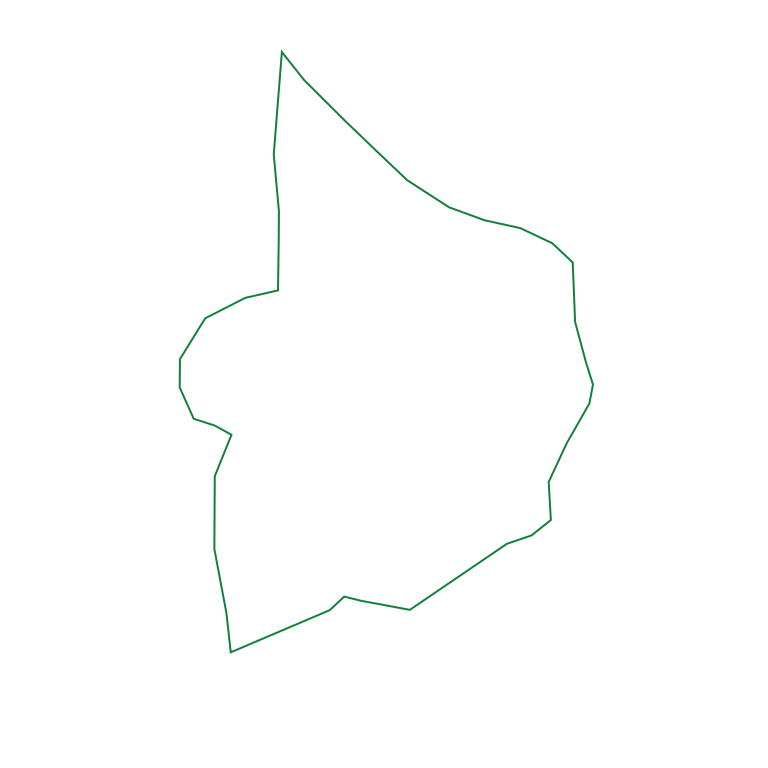 outline of Abtouyour, Guéra, Chad, rotated 194°
{"feature_id": "50815135B86536624745263", "entity_name": "Abtouyour", "entity_type": "district", "adm_level": 2, "iso_a3": "TCD", "parent_name": "Chad", "parent_adm1": "Guéra", "projection": "equal_earth", "projection_center": [18.122, 12.013], "detail": "fine", "context": "isolated", "style": "outline", "palette": "green", "viewbox_px": 768, "rotation_deg": 194, "n_neighbors": 0, "source": "geoboundaries", "source_scale": "gbopen_adm2", "svg_char_len": 668}
<svg xmlns="http://www.w3.org/2000/svg" viewBox="0 0 768 768"><g transform="rotate(194 384 384)"><path d="M353.9,168.1L304.3,171.1L226.1,258.7L204.2,272.8L189.2,292.4L200.5,328.7L200.5,328.8L192.4,370.6L180.0,414.8L181.1,434.0L193.1,453.6L213.6,490.5L230.3,547.6L254.8,561.3L289.5,568.2L326.1,567.2L363.7,571.2L410.9,587.4L447.4,608.1L485.1,629.7L535.2,659.7L563.4,681.4L546.5,580.0L527.8,526.4L521.2,499.2L509.5,449.2L539.5,434.0L573.4,404.5L588.0,358.8L581.4,331.2L560.2,304.2L537.9,302.7L519.7,297.8L525.9,253.6L508.7,182.9L481.6,123.9L467.9,86.9L467.8,86.6L382.0,151.4L371.1,168.1L354.3,168.1L353.9,168.1Z" fill="none" stroke="#15803d" stroke-width="2"/></g></svg>